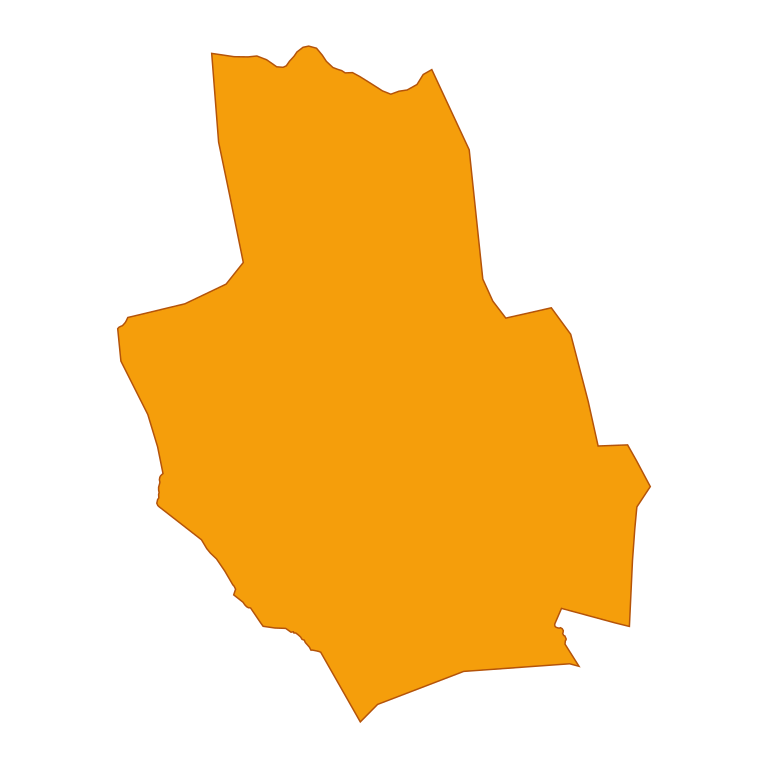 Aleiro, Kebbi, Nigeria
{"feature_id": "59680162B45442733436767", "entity_name": "Aleiro", "entity_type": "district", "adm_level": 2, "iso_a3": "NGA", "parent_name": "Nigeria", "parent_adm1": "Kebbi", "projection": "equal_earth", "projection_center": [4.44, 12.319], "detail": "fine", "context": "isolated", "style": "filled", "palette": "amber", "viewbox_px": 768, "rotation_deg": 0, "n_neighbors": 0, "source": "geoboundaries", "source_scale": "gbopen_adm2", "svg_char_len": 1925}
<svg xmlns="http://www.w3.org/2000/svg" viewBox="0 0 768 768"><path d="M127.8,317.5L126.2,320.9L125.2,322.6L123.7,324.3L122.4,325.7L120.6,326.4L118.9,327.3L117.7,328.7L120.9,361.1L147.8,414.5L157.6,446.8L162.6,471.6L163.0,473.6L161.9,474.5L160.6,475.8L159.8,477.3L159.4,479.8L159.9,482.1L159.6,483.7L158.6,487.2L158.6,490.1L159.1,492.5L158.6,494.5L158.8,497.9L157.6,499.6L156.8,503.2L157.8,505.5L158.9,506.6L201.5,539.8L206.8,548.7L210.5,553.2L216.5,558.9L224.8,571.1L232.8,584.8L234.1,586.2L235.6,589.2L235.3,590.0L233.7,594.9L236.4,597.0L241.7,601.2L243.1,602.3L243.6,603.1L244.3,604.1L245.0,605.1L245.4,605.4L246.0,606.1L246.7,606.8L247.6,607.2L248.1,607.6L248.7,607.8L249.3,607.7L250.6,608.0L260.6,622.8L263.1,626.3L274.9,628.0L285.7,628.4L291.0,632.2L293.4,631.8L293.9,633.0L295.8,633.0L298.4,635.0L300.6,637.0L302.0,639.3L304.3,640.2L305.3,642.5L309.5,647.3L310.9,650.1L312.5,650.1L316.5,650.9L318.9,651.5L320.7,652.2L360.3,721.9L377.6,704.4L463.7,671.4L569.4,663.8L569.7,663.8L579.0,666.3L565.0,644.1L565.2,642.5L565.3,640.9L566.0,639.9L566.2,639.0L564.8,635.9L563.7,635.5L562.7,633.5L563.1,632.3L563.3,630.6L562.2,628.7L560.5,627.7L559.1,628.2L557.2,627.7L555.6,627.0L554.9,626.1L554.7,624.1L561.5,608.4L614.7,622.8L628.0,626.1L629.4,626.4L632.5,560.4L634.8,528.9L636.7,508.6L636.9,506.9L648.3,489.6L650.3,486.6L636.5,460.7L629.0,447.4L627.6,444.9L598.1,446.0L588.2,401.4L570.7,334.3L551.3,307.8L505.8,318.1L492.8,301.1L482.8,279.1L469.2,149.8L431.8,69.6L423.2,74.5L417.0,84.5L407.1,90.0L399.0,91.2L390.8,94.2L382.5,90.9L372.5,84.5L359.9,76.6L352.5,72.6L345.2,72.9L341.7,70.6L337.6,69.3L332.9,67.5L326.4,61.4L322.3,55.2L316.5,48.2L308.7,46.1L303.0,47.3L297.0,51.9L294.0,56.3L289.5,61.2L286.3,65.8L283.1,67.3L276.7,66.8L266.7,59.8L256.9,56.0L248.1,56.9L234.1,56.7L222.0,54.9L211.7,53.4L218.6,142.1L229.3,193.5L243.3,262.5L226.1,284.1L184.9,303.8L127.8,317.5Z" fill="#f59e0b" stroke="#b45309" stroke-width="1.5"/></svg>